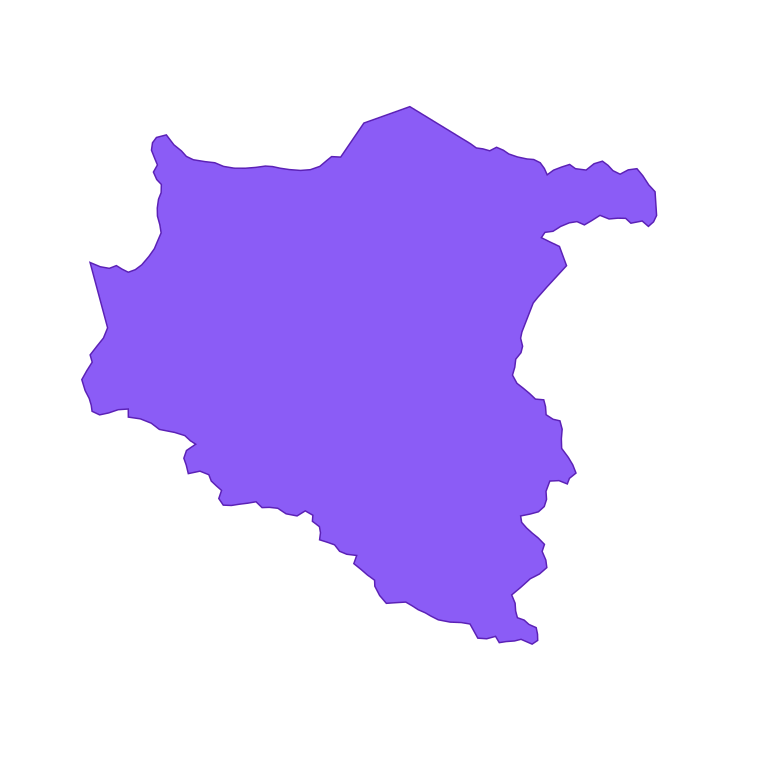 Presidente Tancredo Neves, Bahia, Brazil (Natural Earth projection), rotated 261°
{"feature_id": "56859067B22769757743228", "entity_name": "Presidente Tancredo Neves", "entity_type": "district", "adm_level": 2, "iso_a3": "BRA", "parent_name": "Brazil", "parent_adm1": "Bahia", "projection": "natural_earth1", "projection_center": [-39.429, -13.456], "detail": "fine", "context": "isolated", "style": "filled", "palette": "violet", "viewbox_px": 768, "rotation_deg": 261, "n_neighbors": 0, "source": "geoboundaries", "source_scale": "gbopen_adm2", "svg_char_len": 2934}
<svg xmlns="http://www.w3.org/2000/svg" viewBox="0 0 768 768"><g transform="rotate(261 384 384)"><path d="M118.3,436.9L116.3,445.6L117.3,454.7L110.5,457.4L110.5,464.3L109.8,472.7L110.4,479.4L103.9,489.6L106.7,495.7L112.9,496.5L119.5,496.2L123.9,489.5L128.9,485.5L132.3,479.2L139.2,478.5L147.0,479.2L155.7,477.1L162.0,487.6L168.8,498.0L172.0,507.8L177.2,516.1L184.8,516.3L193.9,514.0L200.5,517.4L207.7,512.3L213.5,507.1L219.5,502.3L225.8,498.3L232.3,498.3L232.7,508.1L233.6,516.5L237.9,523.1L244.6,526.5L252.6,527.2L262.2,532.6L261.2,541.7L256.6,549.4L261.8,552.4L266.0,559.7L274.6,557.8L282.6,554.6L292.6,549.4L302.1,550.6L311.5,552.9L320.1,552.0L322.7,545.5L328.3,539.3L336.4,540.0L343.4,539.3L345.4,531.2L351.2,526.8L357.1,521.7L363.9,515.4L372.7,512.3L380.1,515.8L387.9,518.0L393.5,524.2L399.6,526.8L407.9,526.1L413.9,528.4L440.6,544.0L445.5,549.4L454.6,560.4L472.3,582.8L492.4,578.8L498.3,570.2L503.9,562.3L508.6,566.7L508.4,574.8L512.0,583.1L514.2,592.2L514.2,600.0L509.8,606.8L512.8,614.5L516.8,623.7L511.8,632.1L511.2,640.9L509.8,648.6L504.2,653.0L504.6,664.5L498.3,669.8L502.0,675.6L507.8,679.6L531.5,681.8L539.3,676.6L549.2,672.2L557.1,667.5L557.3,658.7L554.3,650.0L558.9,643.5L564.9,639.5L569.9,634.6L568.7,625.9L563.7,617.1L566.7,606.8L571.8,601.7L570.5,593.3L568.7,584.9L565.1,577.9L571.8,576.1L578.1,572.9L582.3,567.0L583.9,560.4L587.4,551.3L591.7,543.2L596.2,538.5L600.2,532.2L597.8,524.9L600.8,518.4L602.7,512.1L607.7,507.1L653.9,452.9L644.9,405.0L614.9,376.7L616.8,367.8L613.6,362.3L609.0,354.7L607.2,344.8L608.0,334.9L610.6,324.0L613.4,315.1L616.2,307.9L617.8,300.9L618.0,291.3L618.8,280.8L620.6,269.8L624.0,259.6L629.0,251.5L631.6,242.1L635.3,230.8L639.7,224.4L645.9,220.4L653.1,213.9L664.1,208.0L663.1,197.8L658.5,193.1L651.3,190.9L642.8,192.8L635.8,194.5L629.4,189.4L621.5,191.5L615.9,195.3L607.8,193.8L601.8,190.2L593.3,187.6L585.3,186.5L576.3,187.5L568.1,187.5L560.2,182.5L553.6,178.4L546.8,171.8L539.6,163.4L535.8,156.2L534.4,148.9L538.4,143.3L542.8,138.2L541.2,130.8L544.2,122.1L550.0,112.7L482.7,119.8L473.3,114.1L466.4,106.5L458.7,98.3L451.2,99.2L443.6,92.5L435.6,86.2L424.2,87.8L415.8,90.6L408.9,91.5L402.7,91.4L398.0,98.3L398.5,107.5L400.2,117.4L399.3,127.5L391.3,126.3L387.7,137.9L381.7,148.0L374.3,155.0L368.9,169.7L364.2,179.2L358.2,183.9L354.0,188.6L349.2,178.5L342.0,174.7L334.8,176.0L326.1,176.7L326.7,188.6L321.8,196.8L315.2,198.2L309.5,202.6L304.3,206.9L296.7,202.9L289.5,206.3L287.9,214.3L287.9,222.3L287.6,230.8L287.7,239.2L281.0,244.2L280.1,251.5L277.9,259.6L271.1,267.0L267.3,277.5L271.0,286.4L265.5,293.2L259.6,291.8L253.2,297.9L247.0,298.0L240.2,296.0L237.0,302.4L232.9,310.0L225.7,314.0L221.7,320.5L218.9,330.2L211.3,326.1L204.9,331.9L197.9,337.8L191.7,344.0L185.7,343.3L175.8,346.6L167.0,352.0L166.4,359.0L165.2,371.4L160.7,376.9L155.7,382.5L151.6,388.9L147.6,393.8L142.6,400.7L138.5,412.0L136.3,423.0L133.5,431.4L118.3,436.9Z" fill="#8b5cf6" stroke="#5b21b6" stroke-width="1.5"/></g></svg>